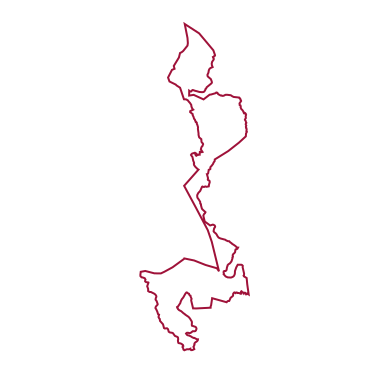 outline of San Mateo Yucutindoo, Oaxaca, Mexico, rotated 307°
{"feature_id": "50627088B64335355179206", "entity_name": "San Mateo Yucutindoo", "entity_type": "district", "adm_level": 2, "iso_a3": "MEX", "parent_name": "Mexico", "parent_adm1": "Oaxaca", "projection": "robinson", "projection_center": [-97.391, 16.792], "detail": "fine", "context": "isolated", "style": "outline", "palette": "rose", "viewbox_px": 384, "rotation_deg": 307, "n_neighbors": 0, "source": "geoboundaries", "source_scale": "gbopen_adm2", "svg_char_len": 6024}
<svg xmlns="http://www.w3.org/2000/svg" viewBox="0 0 384 384"><g transform="rotate(307 192 192)"><path d="M97.4,199.1L94.8,200.6L93.8,201.4L93.5,203.1L93.9,203.6L94.7,206.1L94.1,207.5L93.8,207.5L92.7,208.2L92.4,208.4L92.4,208.7L92.4,209.6L93.5,211.6L93.4,211.8L89.8,212.9L88.3,215.2L86.5,216.6L86.6,218.2L87.4,219.4L88.1,223.2L88.0,224.6L87.6,225.8L86.9,226.6L85.3,227.0L84.1,227.7L83.6,229.4L81.8,232.1L81.4,232.3L79.0,232.1L77.9,232.3L77.2,232.8L76.8,234.0L75.5,236.4L74.1,238.3L74.0,238.8L74.2,239.5L72.0,240.5L71.2,242.1L71.2,242.7L69.8,244.0L68.9,248.5L66.5,251.5L66.6,252.4L68.1,254.0L68.0,255.4L66.4,257.5L66.5,258.8L67.7,261.1L67.8,261.7L66.8,264.9L67.5,267.7L67.3,268.4L66.1,269.6L65.1,270.0L64.0,271.0L63.3,271.9L63.3,272.3L64.1,273.8L64.4,275.0L64.4,276.8L63.8,277.7L63.1,277.4L62.3,277.9L62.0,278.9L61.0,280.0L61.0,281.1L63.4,282.6L64.5,284.2L65.9,285.0L65.3,285.6L65.2,286.5L66.1,287.5L67.9,288.4L69.3,286.3L70.7,286.2L71.2,285.8L71.7,285.8L72.1,285.3L72.7,285.1L73.7,285.1L75.7,285.8L76.9,285.9L77.9,285.4L77.3,284.5L76.9,281.7L76.5,281.3L76.1,279.7L76.0,277.9L75.6,276.1L75.0,274.8L74.9,274.0L75.2,272.9L75.4,272.4L76.4,272.6L77.2,273.5L77.7,274.9L78.7,275.7L81.3,276.4L82.2,277.7L83.0,278.4L84.0,278.4L85.3,278.0L85.7,277.7L86.2,276.9L86.4,276.0L85.2,272.4L85.9,271.7L88.1,270.2L88.6,269.4L89.8,266.3L90.2,264.4L90.0,260.3L90.2,259.3L90.0,258.6L90.3,255.2L89.9,252.8L90.1,251.2L90.6,250.6L90.6,249.9L91.1,249.3L92.1,249.7L96.2,249.5L97.7,248.9L100.1,248.4L102.5,248.5L106.9,247.9L108.4,248.0L108.7,248.3L108.7,250.5L108.9,250.9L108.3,251.7L108.1,252.6L108.3,253.2L107.6,253.9L106.4,256.0L105.6,256.2L104.9,256.6L99.7,262.9L101.5,265.4L110.8,276.5L111.9,275.7L112.9,275.5L119.3,272.0L124.8,286.0L125.7,286.0L126.5,286.3L127.4,287.3L130.8,286.5L133.4,287.2L134.0,287.1L135.6,286.1L136.9,286.1L137.3,286.3L137.4,287.5L138.0,287.5L138.7,288.2L138.8,288.6L138.6,289.0L139.5,290.1L140.1,292.3L140.4,292.5L141.5,291.3L142.1,291.1L142.5,291.2L142.5,291.7L142.0,292.3L142.5,293.3L142.1,294.5L143.0,294.4L143.5,295.0L143.5,295.7L142.8,296.8L143.4,297.3L144.2,297.3L144.3,298.9L151.5,291.7L156.2,287.4L155.9,284.2L156.2,283.6L156.7,283.7L158.2,282.7L162.4,277.7L163.6,277.0L163.8,276.0L163.6,275.2L161.4,272.3L158.5,272.7L154.7,273.9L153.0,275.1L151.8,275.7L150.2,276.0L148.9,275.7L147.5,274.9L146.9,274.3L145.3,271.9L144.8,269.7L145.4,266.7L146.0,266.6L146.9,265.5L147.7,265.1L148.4,265.4L149.1,266.4L150.6,266.5L153.0,265.2L153.9,265.0L154.9,264.5L156.2,264.6L157.7,265.2L160.2,265.3L163.3,264.3L164.1,263.6L164.9,263.7L166.0,262.5L167.3,262.3L168.6,262.6L169.9,262.6L171.8,261.5L172.5,261.4L173.1,262.0L174.0,262.4L175.3,262.2L174.7,261.2L175.0,259.4L174.9,256.5L174.7,255.6L174.9,254.5L174.8,252.7L175.1,251.4L174.4,250.4L173.9,248.4L173.9,247.3L172.0,242.6L171.6,240.7L172.1,238.9L172.9,237.2L173.2,236.1L173.3,233.9L173.7,232.8L176.4,231.5L177.3,231.6L178.2,231.4L178.9,230.4L178.8,229.0L178.4,228.2L176.2,226.6L176.1,219.9L179.9,215.3L181.5,214.9L182.9,215.1L184.0,214.9L184.3,211.7L184.5,210.3L184.9,209.6L186.6,207.4L187.7,206.4L187.7,205.6L189.1,204.4L190.3,201.2L190.5,200.3L191.1,199.3L192.4,198.2L193.1,197.9L195.1,197.6L197.8,197.9L202.1,196.9L202.6,197.0L203.0,198.2L203.4,198.7L204.4,199.2L204.9,200.5L206.6,202.0L208.2,201.1L210.4,200.3L211.3,199.5L211.5,198.9L211.2,197.9L211.3,197.4L211.6,197.0L212.7,196.5L215.2,193.2L215.6,193.6L216.7,193.6L219.8,192.0L220.9,192.7L221.4,192.8L222.6,191.9L223.3,191.7L224.5,191.9L227.2,191.9L228.5,191.5L230.3,191.5L231.7,190.6L246.5,196.3L259.7,199.8L268.8,201.5L271.3,199.9L273.1,199.6L273.5,199.0L273.4,198.8L275.1,197.8L275.6,196.8L275.8,196.8L275.9,196.4L276.6,195.7L277.7,195.4L278.3,194.2L279.1,193.8L279.9,193.8L280.0,193.4L281.1,192.0L281.5,190.8L282.7,190.5L283.5,190.5L284.6,189.4L286.2,188.7L286.3,188.1L286.8,187.9L287.0,187.1L286.7,186.9L286.7,186.5L286.2,186.1L286.6,185.3L287.0,185.1L287.8,182.8L287.9,181.5L288.9,179.8L289.7,179.4L290.3,178.6L290.1,177.8L291.4,176.6L294.2,176.5L294.5,176.2L294.8,175.1L295.2,175.0L295.7,174.0L295.5,173.3L295.8,172.8L293.0,168.1L292.7,166.6L292.6,164.7L290.7,161.4L289.7,160.2L288.0,159.4L287.5,158.9L286.9,158.2L286.9,157.5L286.3,156.8L285.9,154.1L286.5,152.6L286.3,151.8L285.8,151.4L285.3,151.5L281.4,148.6L280.3,147.5L272.9,145.5L270.6,134.9L267.3,131.7L271.2,128.8L271.2,129.9L271.5,130.5L271.8,130.8L273.7,131.0L274.0,131.4L274.7,133.6L275.4,135.2L276.3,137.6L277.8,140.0L278.8,141.0L279.5,141.3L280.4,141.3L281.8,141.1L282.3,140.8L283.2,141.0L284.4,140.7L290.3,142.1L291.3,142.1L292.2,141.2L293.5,139.1L293.7,135.6L294.0,134.6L294.9,133.8L297.2,133.3L299.3,132.2L300.6,131.9L302.0,132.1L304.2,133.3L305.2,131.6L306.5,130.4L308.2,129.7L310.9,129.6L311.6,129.1L312.0,128.0L312.4,127.5L313.1,128.0L314.0,127.9L314.7,128.3L315.1,128.1L318.0,123.8L323.0,102.2L321.8,85.1L312.3,95.7L308.4,99.1L306.2,100.3L299.3,100.1L297.4,99.6L295.8,98.8L291.6,100.6L281.7,101.6L279.9,103.9L277.5,102.5L269.0,104.0L266.7,107.5L268.0,114.4L267.8,115.5L268.1,119.7L261.2,129.8L262.4,131.5L262.7,133.5L262.3,134.7L261.9,136.8L261.1,139.0L260.2,139.8L259.4,140.9L258.7,142.2L258.5,143.4L255.5,141.9L254.7,142.4L254.6,145.7L253.7,146.4L253.0,147.9L251.7,149.6L251.7,150.1L251.4,151.0L250.8,151.6L250.6,152.7L250.1,153.0L250.3,154.0L249.2,155.0L249.0,155.6L247.4,157.8L246.0,158.7L242.7,162.0L241.6,162.8L240.1,164.6L239.9,165.2L239.8,167.6L237.8,169.4L237.5,170.0L237.3,171.5L236.9,172.1L234.9,172.7L234.2,172.5L233.1,172.7L231.4,173.4L230.3,176.3L229.7,175.9L229.4,175.3L229.4,174.6L228.8,174.1L227.2,175.2L226.5,175.0L226.3,175.5L224.8,174.1L223.5,173.6L223.6,172.9L224.0,172.1L224.4,172.1L225.0,172.8L225.3,172.6L225.1,170.7L222.8,169.0L221.8,168.8L221.0,168.9L220.6,169.9L220.3,171.2L217.7,174.2L216.7,175.9L216.2,176.4L215.6,176.5L214.7,177.6L214.1,179.6L213.7,182.7L213.8,183.7L192.2,182.0L181.6,205.1L171.0,227.6L164.1,237.8L144.9,261.3L146.1,257.8L141.9,246.8L138.6,234.9L134.3,225.8L133.7,225.9L120.2,221.8L111.6,217.9L108.2,216.1L104.4,210.9L100.8,202.2L97.4,199.1Z" fill="none" stroke="#9f1239" stroke-width="2"/></g></svg>